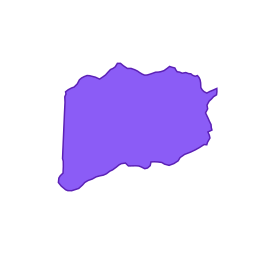 the district of Motuca, São Paulo, Brazil, rotated 40°
{"feature_id": "56859067B60316508863288", "entity_name": "Motuca", "entity_type": "district", "adm_level": 2, "iso_a3": "BRA", "parent_name": "Brazil", "parent_adm1": "São Paulo", "projection": "natural_earth1", "projection_center": [-48.163, -21.521], "detail": "fine", "context": "isolated", "style": "filled", "palette": "violet", "viewbox_px": 256, "rotation_deg": 40, "n_neighbors": 0, "source": "geoboundaries", "source_scale": "gbopen_adm2", "svg_char_len": 1634}
<svg xmlns="http://www.w3.org/2000/svg" viewBox="0 0 256 256"><g transform="rotate(40 128 128)"><path d="M129.1,206.0L129.8,200.9L129.9,197.5L131.2,193.8L133.4,190.1L135.0,185.9L137.2,182.7L139.4,180.0L140.9,176.9L141.8,172.8L143.1,170.0L144.2,165.5L144.8,162.1L145.8,159.6L148.6,156.5L152.7,156.8L158.4,151.8L160.8,150.1L163.2,149.3L167.0,148.4L168.7,146.1L169.2,142.6L167.4,139.2L169.9,136.9L172.7,134.8L176.0,132.7L179.2,132.2L183.5,130.2L186.0,125.8L187.5,121.0L186.9,117.1L188.3,111.9L191.5,106.1L193.6,101.5L195.3,97.0L196.9,91.8L199.1,90.2L198.1,87.9L197.2,83.0L195.0,81.3L191.8,79.7L193.6,75.6L191.6,74.2L189.4,72.0L186.0,70.5L183.0,69.0L177.7,66.6L176.7,62.1L173.8,59.7L172.9,55.3L173.3,52.1L173.4,49.0L174.5,45.7L172.8,43.1L170.6,40.6L168.6,44.7L167.2,47.4L165.9,50.6L162.9,51.3L160.3,51.1L157.8,50.2L154.6,46.7L152.3,44.8L150.0,43.7L147.5,43.2L146.2,45.2L143.6,46.1L141.3,46.1L139.4,47.4L136.6,48.4L134.3,51.2L131.6,52.0L129.5,53.3L127.4,52.8L125.3,51.9L122.6,53.2L120.3,54.1L119.7,57.0L118.7,60.9L116.9,63.8L115.2,65.8L113.2,67.6L111.6,70.4L110.0,73.0L108.6,75.1L106.8,76.8L104.2,77.6L101.2,78.1L98.7,78.3L95.8,79.0L92.0,80.4L89.2,82.8L84.5,83.3L80.7,83.3L78.3,85.3L78.9,89.3L78.3,91.8L77.0,94.5L76.8,98.2L76.7,101.8L75.9,105.0L74.8,108.8L70.4,110.0L65.0,112.6L62.9,114.1L61.4,116.8L60.3,119.5L59.8,122.3L60.8,126.8L60.4,131.3L59.0,133.7L57.6,137.1L56.9,140.4L58.7,141.9L59.5,144.7L63.3,148.9L69.6,157.2L97.5,193.5L99.7,195.0L103.3,199.2L107.2,204.3L106.8,208.1L107.2,210.8L109.7,214.5L114.1,215.4L116.3,215.4L119.9,215.4L122.1,214.7L125.2,212.2L129.1,206.0Z" fill="#8b5cf6" stroke="#5b21b6" stroke-width="1.5"/></g></svg>